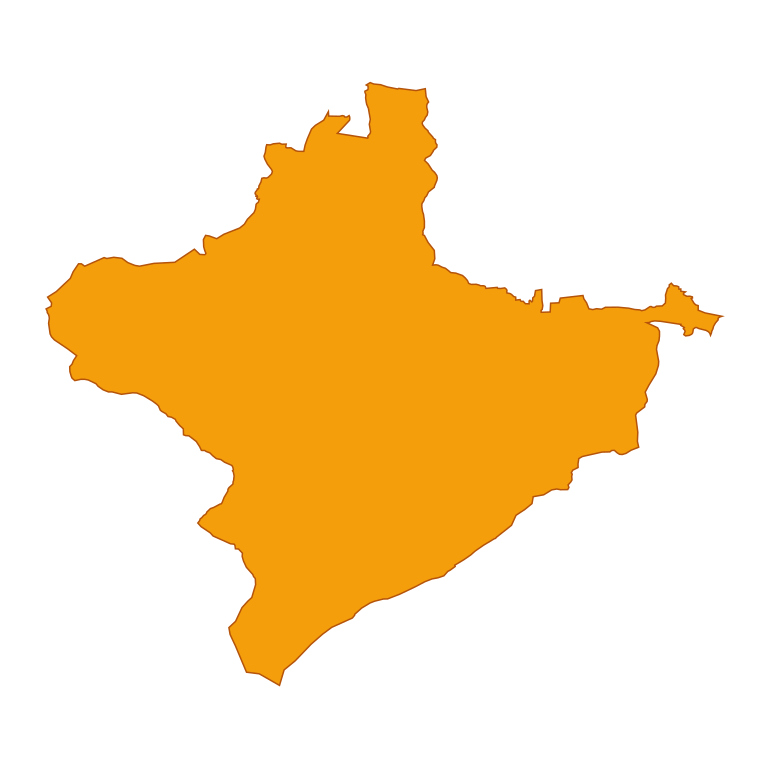 the district of Galatii Bistritei, Bistrita-Nasaud, Romania
{"feature_id": "2599482B9009826126309", "entity_name": "Galatii Bistritei", "entity_type": "district", "adm_level": 2, "iso_a3": "ROU", "parent_name": "Romania", "parent_adm1": "Bistrita-Nasaud", "projection": "natural_earth1", "projection_center": [24.427, 46.984], "detail": "fine", "context": "isolated", "style": "filled", "palette": "amber", "viewbox_px": 768, "rotation_deg": 0, "n_neighbors": 0, "source": "geoboundaries", "source_scale": "gbopen_adm2", "svg_char_len": 6082}
<svg xmlns="http://www.w3.org/2000/svg" viewBox="0 0 768 768"><path d="M279.5,685.4L284.1,669.9L295.2,660.8L311.1,644.2L322.5,634.2L331.8,627.3L352.4,618.0L354.6,615.3L354.7,614.3L361.6,608.1L370.0,603.0L374.6,601.2L383.4,599.0L387.6,598.9L399.7,594.2L415.4,586.7L424.9,581.7L432.1,578.9L438.0,577.8L443.9,575.8L447.8,571.4L450.1,570.2L455.2,566.5L454.7,565.2L463.7,559.8L470.8,554.9L475.1,551.1L483.4,545.3L494.2,538.8L495.5,538.4L496.6,537.1L511.5,525.3L516.0,515.3L524.9,509.4L532.0,503.6L533.2,496.7L543.7,494.8L551.7,489.9L556.8,489.0L560.4,489.7L567.7,489.6L568.9,487.5L568.1,484.9L570.9,481.8L572.0,479.9L571.7,476.4L572.2,474.1L571.3,472.8L572.7,470.2L578.1,467.5L578.0,463.8L578.8,458.6L582.4,456.5L601.9,452.1L609.9,451.9L611.7,450.5L614.3,450.3L617.0,452.7L619.5,454.3L622.2,454.5L626.0,453.4L631.1,450.2L638.7,447.2L637.4,441.4L637.8,432.2L635.6,415.1L636.7,413.0L644.7,406.9L644.9,404.4L647.1,401.4L647.3,399.5L645.2,392.1L649.0,385.0L655.8,373.9L658.4,365.5L658.7,361.5L656.5,349.4L657.0,345.6L659.0,340.6L659.5,336.1L659.5,331.3L657.6,327.8L646.7,322.7L649.3,322.5L651.2,321.5L654.7,320.9L660.6,321.3L681.0,324.4L680.7,325.3L684.3,327.5L683.3,328.7L684.7,330.1L685.1,331.4L683.8,334.6L685.6,335.9L689.3,335.4L691.5,334.3L692.4,333.4L692.8,332.3L693.4,328.9L695.3,327.6L696.5,327.5L699.0,328.6L706.1,330.4L708.5,331.8L709.8,333.3L710.5,335.3L711.4,333.1L711.8,331.1L712.9,328.9L713.6,326.2L715.5,322.9L718.1,319.9L718.1,318.3L719.5,317.1L721.9,316.3L705.0,312.9L698.2,310.2L698.2,305.6L695.8,304.9L694.0,303.2L691.2,298.5L692.5,298.0L692.4,296.9L690.0,296.2L686.9,296.3L683.5,294.6L683.5,293.3L685.4,291.9L680.9,291.3L680.8,289.0L678.9,289.1L678.7,286.8L676.8,286.0L673.6,285.7L671.3,283.2L669.2,284.9L669.3,286.7L667.5,288.6L665.5,295.0L665.7,298.2L665.4,303.0L662.3,305.9L656.3,306.2L655.1,307.2L652.9,307.4L651.1,306.5L650.0,306.6L645.0,309.9L641.7,310.7L639.8,309.9L634.7,309.5L628.8,308.2L617.9,307.2L605.4,307.3L601.6,309.2L596.5,308.7L592.8,309.6L588.9,308.8L586.6,302.9L583.8,298.7L583.0,295.5L560.3,298.1L559.0,302.8L550.6,303.2L550.2,312.0L541.2,312.3L541.1,310.4L542.2,309.4L542.8,305.7L542.0,300.4L541.7,289.5L535.5,290.6L534.5,296.3L532.8,297.8L532.5,301.1L531.8,301.9L529.9,300.3L529.1,301.0L529.1,303.8L525.4,303.7L523.2,301.3L521.6,301.4L520.6,300.9L520.1,299.6L515.8,300.1L515.7,297.1L513.8,296.6L511.5,294.4L509.9,293.5L507.0,293.0L506.7,291.8L507.0,290.8L506.6,289.4L504.8,287.9L500.6,288.5L497.5,288.3L497.2,287.4L485.9,288.4L485.3,286.5L483.9,285.8L480.4,285.7L478.9,285.0L476.3,284.3L471.2,284.4L468.7,283.4L467.4,280.5L465.2,277.9L462.5,275.5L455.8,273.1L450.8,272.6L445.5,268.3L442.1,267.2L438.3,265.2L436.0,264.8L432.6,265.1L434.8,258.8L434.3,250.4L428.1,242.5L424.4,235.5L422.7,234.7L423.1,233.3L422.8,231.3L424.4,227.6L424.4,221.0L423.5,214.4L422.5,211.4L421.8,206.5L421.9,203.7L423.8,200.7L424.9,197.6L426.6,195.9L428.5,191.9L434.3,187.3L434.5,186.0L436.9,180.3L437.3,177.9L436.8,175.5L434.6,172.3L432.2,170.2L428.1,163.9L424.5,160.4L425.7,158.1L430.4,155.5L433.2,151.3L433.3,150.5L436.8,147.2L437.0,144.8L435.8,143.3L435.4,141.3L435.5,139.7L433.3,138.2L432.9,137.2L428.5,132.3L427.9,130.7L425.0,128.1L422.8,125.1L422.2,123.5L422.5,121.9L424.4,119.9L425.4,117.5L427.2,115.1L427.8,111.9L426.7,107.2L426.8,104.9L427.4,103.5L428.6,102.0L426.1,96.7L425.3,88.7L416.1,90.6L398.7,88.4L397.7,89.0L387.5,87.0L380.6,84.7L373.7,84.0L370.2,82.6L366.2,85.0L368.1,86.1L368.1,88.9L367.7,89.8L364.9,91.2L364.9,92.1L365.9,94.7L365.6,97.8L366.2,102.0L366.7,104.4L368.4,108.4L370.3,119.4L369.3,124.3L370.6,131.9L370.0,133.6L368.1,135.8L367.8,136.6L368.0,137.8L367.4,138.1L337.3,133.4L349.5,120.3L349.8,119.0L349.7,117.0L349.1,115.6L346.9,117.0L344.8,117.0L344.1,116.0L342.4,115.6L339.6,116.3L328.7,116.1L328.4,111.6L323.7,120.2L315.3,125.4L311.5,129.1L307.3,138.9L305.1,145.1L303.8,151.4L298.3,151.3L295.8,150.8L291.0,147.8L287.1,147.9L285.9,147.5L285.8,145.9L286.2,144.1L281.8,144.2L279.6,143.2L273.3,143.8L270.2,144.9L266.7,144.7L266.0,147.2L265.3,152.4L264.0,156.2L264.8,159.0L267.4,164.1L271.6,169.6L272.4,171.6L271.5,174.1L268.2,177.3L266.4,178.1L263.9,177.8L261.8,178.3L261.0,181.9L258.9,186.0L258.8,188.0L258.2,188.9L257.4,188.9L257.0,190.1L255.3,192.3L255.1,193.8L255.8,194.3L256.1,195.6L255.9,196.3L256.6,196.6L257.3,196.1L257.5,196.7L256.7,198.7L257.9,199.3L259.3,199.2L258.3,202.4L256.7,203.5L256.1,204.4L255.4,209.3L254.0,212.6L247.4,219.3L244.4,224.2L239.7,228.0L223.8,234.3L216.7,238.7L209.3,236.0L205.6,235.4L203.4,239.6L203.7,246.7L204.8,250.7L205.9,253.3L205.6,254.0L204.7,254.7L199.8,254.4L194.4,249.2L174.8,262.3L153.8,263.4L139.5,266.2L134.8,265.4L127.8,262.6L122.0,258.3L113.8,257.3L106.8,258.5L104.1,257.6L84.7,266.2L81.4,263.8L78.5,263.8L73.2,271.7L70.3,278.4L56.3,291.6L47.6,297.1L51.6,302.9L51.2,306.3L46.1,308.9L47.1,310.9L47.3,312.7L48.4,314.3L49.1,316.4L49.3,318.4L48.6,323.3L50.1,333.9L51.5,336.8L54.4,339.9L67.6,348.8L76.7,355.7L73.5,360.5L72.0,364.2L69.7,366.7L69.9,371.6L71.2,376.2L72.0,378.1L74.8,380.6L80.9,379.3L84.7,379.3L88.3,380.0L96.0,383.7L98.1,386.3L103.1,389.8L108.4,391.9L112.1,391.9L121.4,394.3L132.7,392.8L136.8,393.0L143.5,395.6L152.3,400.9L156.6,404.1L158.5,405.9L160.3,410.2L161.8,411.4L165.9,413.7L168.0,416.5L171.5,417.2L175.4,419.4L176.1,421.2L179.7,425.5L183.3,428.8L183.5,434.8L185.6,435.6L188.9,435.8L196.2,441.4L199.6,446.6L201.4,450.4L204.8,450.5L206.2,451.5L209.9,452.9L212.8,455.8L216.3,458.6L220.9,459.6L224.5,462.2L231.8,465.4L232.8,467.1L233.4,469.8L232.5,470.8L233.3,471.9L234.1,475.9L233.6,480.5L233.1,481.7L232.9,484.1L229.0,487.6L228.0,489.2L227.8,491.2L224.1,497.4L222.2,502.4L221.3,503.8L220.0,504.1L213.6,507.5L210.4,508.6L206.8,512.1L206.3,513.6L204.9,514.8L203.7,515.4L201.7,517.8L200.2,518.8L199.6,520.7L197.8,523.0L201.1,526.7L210.2,532.8L213.1,536.0L230.5,543.8L234.2,544.2L235.0,545.5L235.4,548.8L238.5,549.0L242.4,553.1L242.2,556.5L243.5,561.0L246.4,567.3L252.8,574.5L253.6,576.6L255.3,578.5L255.6,584.7L251.8,597.5L247.8,601.2L242.0,607.6L235.6,621.3L228.9,627.6L230.1,634.5L235.5,646.0L246.5,672.2L259.2,673.8L279.5,685.4Z" fill="#f59e0b" stroke="#b45309" stroke-width="1.5"/></svg>